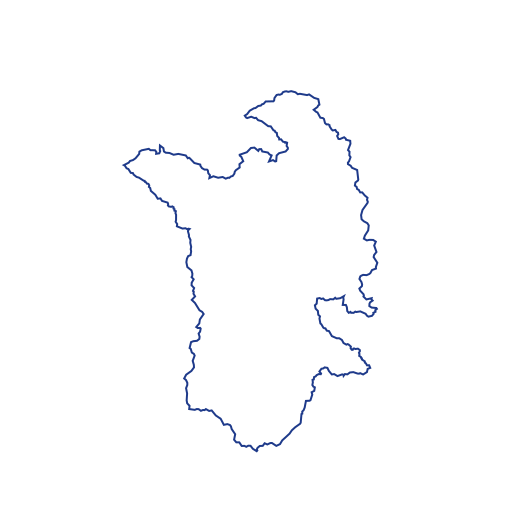 Chumbivilcas, Cusco, Peru (Albers equal-area conic projection), rotated 310°
{"feature_id": "86281439B72283889769086", "entity_name": "Chumbivilcas", "entity_type": "district", "adm_level": 2, "iso_a3": "PER", "parent_name": "Peru", "parent_adm1": "Cusco", "projection": "albers", "projection_center": [-71.945, -14.411], "detail": "fine", "context": "isolated", "style": "outline", "palette": "blue", "viewbox_px": 512, "rotation_deg": 310, "n_neighbors": 0, "source": "geoboundaries", "source_scale": "gbopen_adm2", "svg_char_len": 6157}
<svg xmlns="http://www.w3.org/2000/svg" viewBox="0 0 512 512"><g transform="rotate(310 256 256)"><path d="M356.3,157.2L355.7,159.4L356.0,160.6L359.6,162.8L360.7,166.3L361.9,167.2L361.4,170.3L362.9,173.6L363.3,181.9L364.8,184.0L363.5,188.6L364.0,189.8L363.3,191.3L363.7,192.8L361.6,195.1L361.3,197.7L360.2,198.9L361.5,200.2L360.9,203.2L361.7,204.7L361.5,205.5L362.3,205.6L362.8,207.0L360.0,208.7L359.4,210.8L358.5,211.6L355.1,211.5L349.6,207.6L346.3,207.2L341.6,210.5L340.7,209.9L340.4,207.4L336.8,205.2L343.1,203.3L342.5,201.2L342.9,198.6L340.1,193.6L341.2,191.3L340.0,189.8L338.0,190.2L338.0,185.1L335.5,182.7L329.6,182.3L323.1,178.4L322.5,179.0L322.5,181.1L320.4,185.3L315.7,184.3L313.3,186.6L308.7,185.4L306.8,185.6L305.2,186.5L302.3,186.7L300.9,185.7L298.7,185.3L298.1,184.3L295.8,183.1L295.1,179.7L291.6,176.7L289.7,172.1L285.7,170.2L288.3,168.8L288.7,166.3L290.6,164.1L290.7,163.0L289.1,161.0L288.6,158.2L289.3,155.6L290.2,154.5L287.6,149.0L288.3,142.5L288.2,141.5L287.0,140.9L287.9,137.6L284.3,130.9L280.6,127.8L279.3,123.5L277.1,120.4L276.9,118.3L279.1,115.7L278.9,111.4L275.1,114.4L274.8,115.2L272.5,115.9L270.1,113.8L271.7,112.7L272.1,110.7L269.2,107.1L269.2,105.0L263.5,100.5L261.0,99.6L259.1,100.9L253.4,100.9L250.4,100.1L247.8,98.4L245.7,98.5L240.7,96.4L240.9,97.5L240.0,100.5L240.6,102.3L239.2,106.6L240.4,108.4L239.7,109.9L239.8,113.7L240.8,116.0L241.5,121.7L242.0,122.4L241.4,123.3L241.8,124.4L241.3,125.8L242.1,127.2L241.5,128.8L240.1,129.5L240.1,131.2L238.3,133.6L238.2,139.5L236.7,143.9L238.7,145.8L237.8,148.6L240.1,154.0L239.3,155.4L238.2,155.9L237.9,157.2L239.1,159.4L240.2,160.0L240.4,161.6L239.3,162.3L239.5,163.5L238.3,164.3L238.8,165.8L237.1,166.7L236.2,168.3L232.1,171.7L230.6,172.4L229.8,175.1L227.9,176.3L229.8,182.1L231.9,184.1L232.3,186.0L233.6,186.8L234.0,187.7L232.1,187.5L231.1,188.1L229.0,191.2L227.8,192.0L226.2,195.5L223.8,197.2L221.3,200.5L219.3,201.6L217.9,203.3L214.6,205.3L212.3,204.1L209.6,204.8L206.5,206.6L203.4,210.5L203.5,215.8L201.6,218.6L199.7,220.0L198.4,220.2L198.1,223.2L194.2,223.9L192.1,225.5L191.7,229.2L188.7,230.2L188.6,231.3L186.9,232.4L185.9,235.3L181.1,235.0L180.8,239.4L178.1,247.6L178.6,250.7L177.9,253.2L171.3,253.8L167.9,255.9L163.2,255.9L163.4,257.7L165.0,259.4L164.8,260.3L162.1,261.8L159.7,261.9L157.9,264.7L156.0,265.9L153.1,265.3L150.5,262.8L148.3,261.6L142.8,264.3L142.9,265.7L140.8,268.9L141.1,271.3L140.3,273.0L135.0,274.9L132.7,278.3L130.8,280.1L126.4,280.4L120.2,278.8L116.0,279.7L116.0,282.1L114.7,284.9L113.0,286.3L109.8,287.4L106.4,291.6L100.8,295.7L98.9,298.0L98.5,301.4L95.8,303.2L98.8,308.0L100.7,309.0L101.8,310.5L102.0,313.3L104.0,314.4L104.9,315.7L106.5,316.0L107.2,319.7L109.2,321.3L108.0,327.7L108.6,333.6L106.0,339.9L108.8,342.1L109.8,344.7L109.4,346.3L107.8,348.6L106.1,354.6L101.2,357.3L100.6,360.7L102.5,363.0L101.3,367.1L103.1,369.2L103.6,371.2L105.7,372.0L107.1,373.8L106.3,377.5L106.9,382.0L107.9,382.0L108.4,380.9L110.0,380.5L112.9,381.0L114.9,383.2L118.1,383.0L118.9,385.8L121.9,387.2L123.0,388.4L123.6,393.6L127.3,395.3L131.6,394.6L141.5,395.9L145.5,395.5L150.0,396.1L155.8,397.6L157.0,397.4L164.2,392.4L165.0,392.8L166.6,391.4L168.4,391.6L171.2,390.7L177.1,387.4L179.6,390.1L180.6,390.4L186.0,388.2L187.4,386.2L190.1,387.3L193.2,385.5L192.8,384.0L193.4,382.1L195.7,380.8L197.5,378.9L198.6,379.6L200.6,378.3L202.1,379.1L203.6,379.0L205.8,379.9L207.1,381.6L207.8,381.4L208.3,378.8L211.7,378.6L213.1,379.8L214.8,380.2L216.2,382.6L214.8,385.7L214.0,390.2L215.8,391.8L216.4,395.6L220.7,398.1L221.3,399.3L220.6,400.1L222.7,400.0L224.1,402.1L227.1,402.8L229.6,405.2L231.2,409.3L232.1,410.6L233.2,411.1L234.1,414.2L238.4,415.6L241.3,414.1L243.7,415.4L245.0,412.9L243.6,411.3L244.4,409.2L244.3,407.9L245.2,407.1L244.8,403.6L245.7,402.9L245.5,401.9L246.1,401.2L245.8,399.3L247.5,398.2L248.0,397.1L250.0,396.7L250.7,395.9L250.5,393.6L248.6,391.9L248.2,390.5L247.6,390.1L246.3,390.4L245.7,389.6L246.2,387.7L247.6,386.9L247.7,383.8L247.4,382.8L246.2,382.2L245.6,379.0L246.9,375.8L246.5,372.7L244.9,370.8L243.4,365.6L245.4,360.2L244.3,358.2L245.2,355.7L244.5,354.7L244.4,353.6L245.7,350.0L245.7,348.7L248.9,344.8L250.9,343.8L251.0,341.5L253.7,338.7L254.0,335.5L256.1,332.8L258.5,333.1L262.7,330.2L264.7,331.8L265.1,333.7L266.6,334.7L266.5,337.3L267.4,338.6L268.8,339.8L270.6,340.5L272.5,343.1L274.9,343.5L274.8,345.0L277.9,347.7L281.7,349.1L280.1,349.6L279.2,350.9L274.3,353.9L276.3,356.3L275.2,358.5L272.5,361.3L272.1,363.6L273.9,364.3L273.6,365.3L275.2,367.3L277.2,367.8L277.5,368.8L280.6,371.5L282.2,377.1L281.6,379.4L281.8,381.1L284.7,383.3L287.2,383.3L287.9,382.4L290.1,383.4L291.1,382.2L293.2,382.6L293.5,381.6L290.8,377.7L290.5,375.0L292.4,373.6L293.8,373.2L296.8,374.0L297.0,372.2L298.0,371.7L293.7,368.5L294.0,364.4L295.1,364.0L295.8,363.0L296.4,358.1L297.5,356.1L301.0,356.5L302.4,355.6L303.8,353.6L304.9,350.0L307.4,349.0L308.6,349.3L310.4,350.2L312.4,353.0L314.9,354.3L316.4,354.6L319.8,353.9L323.5,356.0L324.6,354.9L328.8,353.3L330.8,346.8L332.8,345.8L336.5,345.7L340.0,339.8L344.0,338.6L343.6,335.4L341.2,332.4L339.2,330.9L338.6,327.5L341.6,326.3L347.7,325.5L351.9,322.7L352.7,320.2L351.9,316.3L352.0,313.3L354.9,310.2L359.7,308.0L368.4,307.3L369.4,306.8L370.4,304.9L372.3,304.0L372.3,300.3L373.0,296.5L371.7,294.9L372.7,292.2L372.3,290.4L373.6,288.7L373.5,286.5L376.2,284.9L379.4,285.6L380.3,285.2L386.9,278.2L385.3,272.9L386.0,270.5L385.5,267.4L386.6,266.4L388.3,266.4L392.5,264.9L393.1,262.8L396.0,260.6L396.3,258.4L402.7,256.2L404.8,254.1L402.9,250.2L403.6,249.3L403.6,247.2L399.5,245.1L398.7,243.9L400.1,241.0L402.1,240.8L403.2,239.5L402.8,238.0L403.6,235.8L401.5,234.1L401.5,232.7L402.6,229.1L403.5,228.2L403.2,226.6L402.1,225.4L402.2,223.4L404.7,219.9L404.6,218.5L403.3,216.4L405.5,210.8L405.1,209.6L405.1,206.2L409.6,207.3L411.3,206.9L412.7,207.3L416.2,202.9L414.5,198.9L413.9,192.8L412.1,191.7L408.5,185.4L406.8,184.0L406.8,181.0L404.9,177.0L402.5,175.2L401.7,173.4L400.5,172.3L398.7,171.3L396.8,171.6L394.8,170.6L394.2,169.5L392.6,168.3L388.9,168.6L386.8,169.9L385.7,169.9L380.6,164.1L377.4,164.0L376.1,163.1L374.3,163.0L372.4,161.3L369.0,160.5L367.9,159.5L363.3,157.8L359.0,158.0L356.3,157.2Z" fill="none" stroke="#1e3a8a" stroke-width="2"/></g></svg>